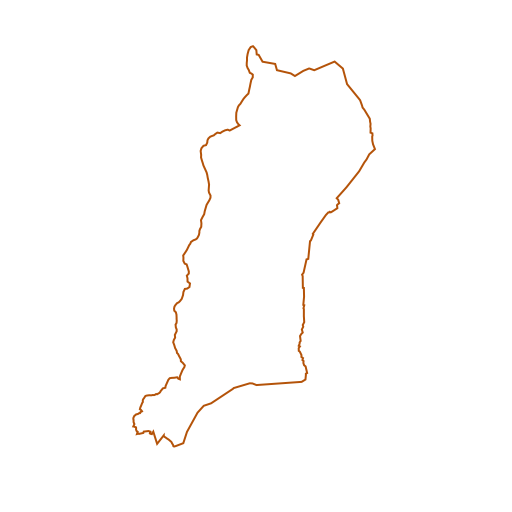 Santa Catarina Lachatao, Oaxaca, Mexico, rotated 198°
{"feature_id": "50627088B86779722307239", "entity_name": "Santa Catarina Lachatao", "entity_type": "district", "adm_level": 2, "iso_a3": "MEX", "parent_name": "Mexico", "parent_adm1": "Oaxaca", "projection": "natural_earth1", "projection_center": [-96.485, 17.188], "detail": "fine", "context": "isolated", "style": "outline", "palette": "amber", "viewbox_px": 512, "rotation_deg": 198, "n_neighbors": 0, "source": "geoboundaries", "source_scale": "gbopen_adm2", "svg_char_len": 4937}
<svg xmlns="http://www.w3.org/2000/svg" viewBox="0 0 512 512"><g transform="rotate(198 256 256)"><path d="M323.7,454.6L325.6,453.1L326.6,449.6L326.4,445.5L325.9,442.0L325.0,439.3L324.5,436.9L323.7,434.3L322.1,432.2L320.4,430.7L318.5,428.3L316.7,428.1L315.1,427.5L314.3,424.9L314.9,422.1L314.5,418.0L314.1,414.9L313.9,412.6L313.6,410.0L313.4,408.1L314.4,406.3L315.6,403.7L316.4,401.7L317.2,398.7L317.9,395.8L318.8,394.0L319.2,392.0L319.1,388.8L319.0,386.2L318.0,382.6L316.8,379.1L315.4,377.3L313.5,375.9L312.0,375.2L319.8,367.2L321.9,367.4L324.2,366.0L326.5,363.8L328.0,361.8L330.9,361.4L332.5,359.3L333.4,357.7L335.0,356.5L336.4,355.3L337.6,353.1L337.9,351.1L337.4,348.7L337.8,346.0L340.0,344.6L341.2,341.6L341.1,338.8L339.4,335.2L338.7,332.7L336.8,329.9L335.2,327.7L334.0,325.9L328.8,320.2L327.4,318.0L326.1,315.5L324.1,312.1L322.7,309.4L321.3,303.7L320.3,301.8L317.9,299.4L317.3,297.3L317.6,294.6L318.3,291.6L318.8,289.3L318.7,286.0L318.6,282.8L318.2,279.7L318.8,276.9L319.4,273.1L318.0,270.2L317.1,266.8L317.6,264.3L317.6,262.3L317.1,260.8L316.8,258.5L317.1,256.4L317.5,254.5L318.5,253.1L320.4,251.6L322.2,249.2L322.3,247.3L322.9,245.7L323.2,243.4L323.6,240.5L324.3,237.8L325.4,234.0L324.5,232.0L323.6,228.9L321.4,226.7L319.4,226.6L318.2,225.0L315.1,220.5L314.5,218.5L315.7,215.9L314.3,213.7L313.2,210.5L310.3,209.5L309.7,205.9L311.4,203.7L313.5,202.7L313.9,199.3L313.3,196.2L313.4,192.2L314.4,189.5L315.2,188.0L316.5,186.8L317.6,184.1L317.9,182.6L317.7,180.6L316.8,178.7L314.8,177.7L313.5,175.6L312.2,172.1L312.2,171.9L311.4,170.0L310.9,167.8L311.3,165.9L310.1,163.2L308.8,161.7L308.2,159.9L308.8,155.9L307.7,153.4L308.2,150.9L308.1,148.4L306.2,146.0L304.5,143.5L302.1,141.2L301.2,139.4L299.8,138.7L298.4,137.2L297.0,135.9L295.6,134.5L294.9,132.7L292.7,131.8L289.9,130.0L289.8,128.1L290.4,126.0L290.7,124.4L291.0,120.8L291.2,117.7L290.3,115.2L292.0,115.3L293.5,116.3L296.0,115.0L298.6,114.0L300.3,113.1L301.1,111.2L301.5,107.4L301.8,104.5L301.5,102.7L303.7,101.3L304.2,99.9L304.5,99.2L305.0,97.8L305.1,96.9L305.6,95.9L306.5,94.9L307.4,93.9L308.3,93.9L309.3,92.7L310.0,92.2L311.2,91.9L312.6,91.1L314.5,90.6L316.8,89.5L317.9,88.7L318.4,86.9L318.6,86.1L319.0,85.0L319.1,84.3L319.0,83.5L318.5,82.2L318.8,81.0L318.9,79.9L319.0,78.1L319.2,76.4L319.1,74.4L317.7,74.0L316.4,73.1L316.7,72.7L317.2,72.5L317.3,72.3L317.5,71.9L317.6,71.3L317.8,71.4L317.9,71.2L318.0,70.8L318.1,70.7L318.3,70.5L318.7,70.3L318.8,70.0L319.0,69.8L319.3,69.5L319.6,69.1L320.0,69.0L320.4,68.7L320.8,68.5L321.1,68.3L321.2,68.2L321.3,67.9L321.5,67.4L321.7,67.1L321.9,67.0L322.1,66.8L322.3,66.5L322.3,66.1L322.4,65.5L322.6,64.5L322.5,64.2L322.5,63.7L322.4,63.3L322.2,62.8L322.1,62.7L321.8,62.3L321.8,62.1L321.5,61.5L321.3,60.8L321.2,60.4L320.9,59.9L320.6,59.6L320.3,59.3L320.2,59.0L320.0,58.8L319.8,58.7L319.7,58.5L320.0,56.0L319.5,56.1L319.1,56.0L318.3,56.0L317.8,56.0L317.4,56.0L317.2,56.0L317.1,55.9L317.1,55.7L316.9,55.3L316.7,54.9L316.6,54.3L316.4,53.8L316.3,53.6L315.9,53.2L315.7,53.1L315.4,52.8L315.4,52.6L315.1,52.4L314.9,52.3L314.6,52.2L314.3,52.2L314.3,51.9L314.2,51.3L314.2,50.6L314.2,50.0L314.2,49.9L313.9,50.1L313.4,50.6L313.1,50.8L312.9,50.9L312.3,50.8L312.2,50.7L308.5,52.9L308.5,54.3L304.2,56.3L303.6,56.3L302.7,56.3L302.0,56.3L301.9,56.1L302.0,55.8L302.1,55.6L302.2,55.3L302.2,54.9L302.2,54.6L301.9,54.4L301.6,54.3L301.3,54.3L300.3,54.4L300.0,54.4L299.4,57.2L292.0,46.8L288.3,56.9L288.1,56.3L287.0,55.7L286.0,55.5L284.6,55.0L283.4,54.7L282.3,54.4L281.3,54.0L280.2,53.5L279.4,53.2L278.5,52.6L278.1,52.0L277.5,51.5L276.7,50.9L276.1,50.1L275.8,49.6L275.0,49.5L273.5,50.5L267.3,55.5L267.3,67.4L266.5,71.6L263.2,88.9L259.4,97.4L253.2,102.0L236.9,122.5L236.4,123.5L222.6,133.0L220.0,133.7L215.7,133.4L173.7,150.4L170.8,153.8L171.7,157.9L172.2,159.5L171.2,160.5L174.7,166.3L176.5,167.0L177.9,168.9L178.3,170.8L179.7,171.4L179.7,173.4L181.6,174.0L182.2,175.9L184.8,178.6L186.0,179.0L186.9,181.5L186.3,183.6L187.6,183.8L187.4,186.0L187.8,187.3L187.3,189.0L189.4,193.5L188.8,195.9L187.9,197.6L189.7,200.3L189.2,203.3L190.2,204.8L189.7,208.0L191.9,213.6L194.1,220.4L194.7,220.9L194.9,224.1L195.9,224.1L197.7,232.1L200.6,240.4L201.6,240.2L205.4,251.3L206.4,252.5L205.6,254.8L206.9,268.4L205.4,269.4L209.2,286.8L208.6,287.7L208.1,294.1L208.8,294.6L204.9,308.0L202.2,316.6L200.7,319.8L199.8,320.1L199.5,320.8L198.4,320.6L197.4,321.7L193.4,326.6L194.2,328.5L194.6,329.0L194.6,329.8L193.2,331.9L195.2,334.9L197.1,335.9L191.2,349.3L184.1,368.4L181.9,378.4L180.7,382.0L179.7,387.7L175.9,394.4L179.2,398.4L181.0,401.5L182.4,405.5L182.4,406.6L183.2,408.6L185.2,408.7L186.4,412.8L187.3,414.5L187.9,417.1L189.0,419.0L190.2,421.7L198.3,428.7L200.5,430.1L201.6,431.8L205.1,436.3L206.7,437.4L222.5,447.6L231.3,461.1L241.3,465.2L249.4,458.2L258.0,450.7L262.9,450.8L263.5,450.7L268.2,446.7L271.0,443.4L274.6,439.2L279.4,440.4L293.5,439.2L297.1,444.6L309.8,442.8L315.6,448.1L317.6,447.9L319.3,451.9L322.4,453.9L323.7,454.6Z" fill="none" stroke="#b45309" stroke-width="2"/></g></svg>